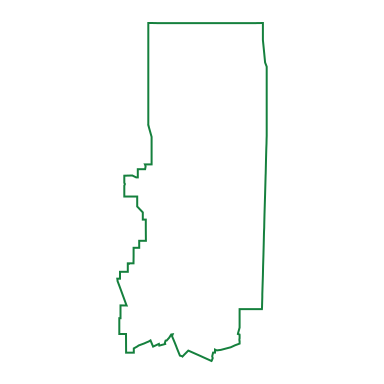 outline of Mukinbudin, Western Australia, Australia
{"feature_id": "25037944B31087465274776", "entity_name": "Mukinbudin", "entity_type": "district", "adm_level": 2, "iso_a3": "AUS", "parent_name": "Australia", "parent_adm1": "Western Australia", "projection": "natural_earth1", "projection_center": [118.269, -30.637], "detail": "fine", "context": "isolated", "style": "outline", "palette": "green", "viewbox_px": 384, "rotation_deg": 0, "n_neighbors": 0, "source": "geoboundaries", "source_scale": "gbopen_adm2", "svg_char_len": 2317}
<svg xmlns="http://www.w3.org/2000/svg" viewBox="0 0 384 384"><path d="M119.3,318.2L119.3,326.0L119.3,334.0L126.0,334.0L126.1,352.7L133.8,352.7L133.8,348.4L134.9,347.8L137.4,346.4L138.6,345.5L144.3,343.4L146.5,342.4L148.7,341.5L150.5,340.4L152.0,344.0L153.1,346.6L158.9,343.9L159.3,345.6L165.2,344.0L164.9,342.7L165.6,340.6L166.7,340.5L169.2,337.7L171.2,334.5L172.7,334.3L172.0,336.1L174.8,342.8L176.2,346.3L176.9,348.2L179.7,355.1L179.9,355.6L180.4,355.7L180.6,355.8L182.3,356.3L182.5,356.5L184.3,354.6L187.3,351.6L188.3,350.6L189.7,351.2L195.3,353.7L200.5,356.0L203.1,357.2L209.1,359.9L211.5,361.0L211.6,360.9L212.0,360.0L212.7,358.1L212.2,356.3L213.1,352.6L215.0,352.6L215.0,349.6L216.8,350.4L220.8,349.9L229.1,347.7L230.7,347.3L232.0,346.7L233.3,346.1L235.0,345.3L238.0,344.2L239.6,343.6L239.6,341.1L239.5,340.9L239.5,340.6L239.4,340.4L239.4,339.0L239.6,338.4L239.6,334.8L239.5,334.5L237.9,334.0L238.0,333.4L239.6,327.6L239.6,309.1L261.9,309.1L262.0,307.9L262.1,304.1L262.3,297.0L262.3,294.2L262.5,287.9L262.9,275.4L263.0,270.7L263.1,265.9L263.4,256.4L263.7,244.9L264.0,232.0L264.2,227.8L264.3,222.1L264.5,214.1L265.1,194.1L265.6,175.7L265.7,173.3L266.0,160.0L266.3,148.6L266.5,143.7L266.6,138.6L266.7,135.8L266.7,118.7L266.7,101.8L266.7,66.7L265.1,62.5L264.4,55.2L264.3,54.1L262.9,40.0L262.9,27.9L262.9,23.0L256.3,23.1L249.6,23.1L244.6,23.1L241.3,23.1L234.7,23.1L228.0,23.1L223.0,23.1L219.7,23.1L214.7,23.1L211.4,23.1L204.8,23.1L198.1,23.1L191.5,23.1L188.2,23.1L183.2,23.1L176.6,23.1L169.9,23.1L163.3,23.1L156.6,23.1L151.6,23.0L148.3,23.0L148.3,36.0L148.3,73.6L148.3,106.0L148.3,124.8L148.5,125.5L148.4,125.5L151.6,136.9L151.6,149.6L151.6,152.0L151.6,164.4L145.0,164.4L145.1,164.6L145.6,166.5L145.1,169.2L140.9,169.2L137.8,169.2L137.8,177.4L136.2,177.4L132.3,175.5L124.3,175.7L124.3,182.9L124.8,183.7L124.8,184.5L124.3,185.6L124.3,196.5L130.3,196.5L134.8,196.5L137.2,196.5L137.2,206.5L142.8,212.4L142.8,219.6L145.8,219.6L145.8,227.5L145.8,228.7L145.9,240.8L139.2,240.8L139.2,247.8L133.6,247.8L133.6,255.7L133.5,263.3L129.8,263.3L129.4,263.6L129.2,263.3L127.8,263.3L127.8,271.8L120.0,271.8L120.0,278.7L119.1,278.7L118.8,278.7L117.3,278.7L117.4,279.4L117.6,281.2L119.6,286.5L121.0,290.3L123.7,297.7L126.3,304.8L126.6,305.5L120.5,305.4L120.5,318.2L119.3,318.2Z" fill="none" stroke="#15803d" stroke-width="2"/></svg>